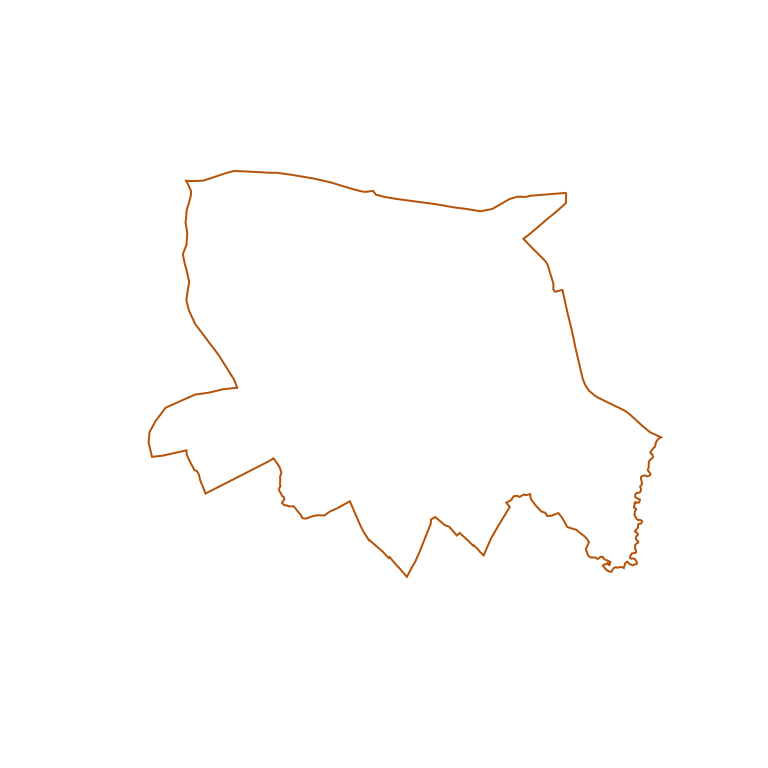 Nassarawa, Kano, Nigeria, rotated 157°
{"feature_id": "59680162B98184498564097", "entity_name": "Nassarawa", "entity_type": "district", "adm_level": 2, "iso_a3": "NGA", "parent_name": "Nigeria", "parent_adm1": "Kano", "projection": "orthographic", "projection_center": [8.564, 12.008], "detail": "fine", "context": "isolated", "style": "outline", "palette": "amber", "viewbox_px": 768, "rotation_deg": 157, "n_neighbors": 0, "source": "geoboundaries", "source_scale": "gbopen_adm2", "svg_char_len": 5434}
<svg xmlns="http://www.w3.org/2000/svg" viewBox="0 0 768 768"><g transform="rotate(157 384 384)"><path d="M142.0,488.9L158.0,494.2L164.6,496.4L175.4,500.0L180.2,500.8L188.0,504.3L196.5,505.2L215.8,502.8L227.8,505.3L239.5,512.8L251.7,519.9L259.3,524.9L261.2,526.2L261.5,526.3L265.6,529.0L268.5,530.7L275.9,535.1L279.8,537.4L301.4,550.2L301.7,550.4L311.0,556.4L314.4,559.2L314.6,559.3L317.4,561.2L318.1,564.0L318.6,566.0L325.3,567.9L326.3,568.2L327.5,568.9L329.7,570.3L336.5,575.5L354.3,590.4L359.1,593.9L367.8,600.2L378.3,606.9L387.7,612.9L399.7,620.1L401.0,620.7L405.5,622.5L417.2,628.3L428.3,633.7L438.6,638.6L445.1,639.7L452.3,640.3L464.0,641.2L470.6,641.8L474.5,643.1L482.7,646.4L486.8,648.4L486.3,643.5L486.3,639.9L486.3,636.8L488.1,633.0L494.0,625.4L496.4,622.9L498.7,619.5L501.2,614.1L503.6,610.3L506.1,599.8L511.3,589.5L518.4,582.1L520.4,572.8L521.1,566.8L523.5,553.9L528.0,547.0L530.6,542.6L533.2,538.3L534.8,528.2L534.8,527.8L534.6,520.6L534.4,513.1L533.3,508.7L528.7,490.3L525.0,475.8L520.3,446.7L520.6,437.9L533.9,442.0L548.3,444.4L562.4,448.1L594.3,447.5L609.1,438.9L618.6,431.3L623.6,422.0L624.4,417.2L626.0,407.5L623.7,406.9L616.0,404.6L591.8,400.1L593.2,396.2L593.1,390.2L592.6,384.3L592.0,378.5L590.4,377.3L590.0,375.8L589.8,372.7L590.8,367.3L590.9,360.5L591.0,355.2L591.1,352.9L520.1,357.9L514.7,358.7L512.8,350.0L512.7,346.8L513.1,342.6L515.9,339.2L516.6,337.4L516.7,336.4L517.2,335.8L517.9,334.5L518.4,333.3L518.8,332.6L519.1,331.5L519.2,330.4L521.0,329.3L521.1,329.0L522.2,326.8L521.6,323.2L521.7,321.2L520.3,319.0L520.6,317.0L522.2,316.0L524.4,314.2L523.8,312.6L522.4,310.9L520.5,310.0L519.6,308.7L517.5,307.7L514.8,306.6L511.8,295.8L511.4,292.4L508.9,290.8L506.8,290.4L504.4,290.5L501.6,290.2L499.8,289.7L497.9,289.7L489.9,286.2L486.2,287.3L485.0,287.5L482.3,287.9L480.7,287.8L475.3,287.9L468.8,288.6L461.2,289.4L461.1,264.3L460.6,256.3L458.9,245.9L458.4,246.0L450.4,229.5L447.8,222.0L446.5,222.5L444.0,214.5L442.9,211.3L442.0,209.1L439.9,202.5L438.3,197.5L430.8,203.7L424.8,208.1L416.4,216.0L402.9,229.7L395.6,237.1L393.6,240.9L388.8,241.6L383.2,230.3L379.7,227.1L376.2,216.2L372.6,217.3L370.5,212.9L367.4,206.2L366.2,203.0L365.2,200.3L364.4,200.5L362.1,195.0L361.4,192.4L359.2,187.3L346.3,199.6L336.1,207.4L326.1,214.6L316.3,221.6L317.8,227.0L314.7,227.2L312.1,227.5L309.5,229.4L307.8,230.0L305.1,229.0L304.2,228.0L303.3,227.1L298.2,227.6L297.2,226.5L296.0,226.0L292.4,225.6L293.8,220.9L291.6,212.2L290.3,208.7L288.9,205.0L288.4,204.6L285.8,202.4L285.3,198.7L281.6,197.4L274.0,197.1L273.2,194.7L272.2,190.8L271.1,180.6L263.8,174.5L263.3,173.3L258.8,165.2L257.6,161.7L257.1,158.3L262.7,153.2L263.1,146.1L261.6,143.7L259.6,142.7L258.0,142.2L256.8,141.0L256.1,139.8L254.8,139.5L253.8,139.7L252.3,140.2L250.8,139.8L249.8,138.7L250.2,137.9L249.5,136.4L248.1,135.0L246.7,133.6L245.7,132.6L245.2,131.5L246.0,130.9L246.7,129.6L247.5,129.3L248.1,130.4L247.9,131.9L248.8,131.6L250.2,131.3L251.4,131.7L252.3,131.9L253.5,131.3L252.7,128.1L252.1,126.4L250.7,124.2L249.7,123.1L248.4,122.4L247.5,122.5L246.1,123.9L244.4,124.8L242.8,124.9L241.9,124.6L241.3,123.9L239.9,123.6L238.1,123.2L236.7,122.5L235.8,121.9L235.2,120.9L234.4,121.9L233.3,123.0L232.5,124.4L231.6,124.9L230.5,125.1L230.0,125.5L229.4,125.3L229.0,124.4L228.7,123.3L228.3,122.2L227.1,121.2L226.5,120.4L225.3,119.8L224.0,120.0L222.8,119.6L221.6,119.7L221.1,120.5L220.9,121.5L221.0,122.7L221.3,123.7L221.6,124.9L222.1,125.6L223.2,126.2L224.5,126.5L225.2,127.0L225.6,127.8L224.8,128.9L223.9,129.8L222.1,131.1L220.6,130.9L219.2,130.6L218.2,130.3L217.4,130.9L217.1,132.2L217.3,133.7L216.5,136.2L215.7,137.7L214.6,138.2L213.1,138.5L212.5,138.6L211.8,139.1L211.6,139.7L212.0,140.5L212.4,141.3L212.7,142.8L212.3,144.0L211.6,144.9L210.7,145.3L209.8,145.8L209.1,146.1L208.9,146.6L208.9,146.9L209.2,147.7L209.6,148.7L209.9,149.7L210.4,149.7L210.6,150.0L210.3,150.5L209.3,151.1L207.9,151.8L206.6,152.5L206.0,153.2L205.4,154.5L204.6,155.6L203.9,155.6L203.1,155.3L201.9,155.1L201.0,155.9L200.0,156.6L200.3,157.7L201.5,158.9L202.8,159.2L203.7,160.2L204.2,161.6L204.6,165.5L203.6,167.4L202.5,169.0L201.5,169.6L200.7,170.3L200.9,171.0L201.9,171.8L202.0,172.6L201.6,173.7L200.7,174.5L199.9,176.1L199.5,177.0L198.5,176.9L198.2,176.0L197.2,175.7L195.3,175.3L193.6,177.6L194.8,178.8L196.2,180.5L197.0,182.0L196.2,183.7L194.8,184.8L193.3,184.8L191.5,184.2L190.1,184.6L189.6,185.2L188.8,186.2L188.4,187.6L188.4,189.5L187.4,190.0L186.2,190.6L185.4,191.3L185.1,193.2L184.7,194.8L184.4,196.7L183.8,197.8L182.7,198.3L181.0,198.3L179.1,197.7L178.4,196.5L177.5,196.1L175.6,195.9L174.3,196.4L173.9,197.0L174.0,198.3L174.9,201.5L174.0,202.7L172.8,204.1L172.0,206.0L170.5,209.0L168.9,210.1L167.1,210.7L165.4,211.2L164.6,212.4L164.7,214.9L165.7,216.0L165.5,217.2L164.2,217.9L161.3,219.7L158.8,220.4L157.5,222.9L155.5,224.8L152.9,226.3L149.8,226.7L155.2,232.6L157.9,235.5L162.5,244.4L162.6,244.5L166.5,253.2L168.2,256.9L169.5,259.7L171.2,262.9L173.5,266.2L175.0,267.8L176.5,269.8L180.0,273.6L181.2,275.0L182.6,276.6L187.1,281.8L189.2,284.3L190.1,285.3L192.6,288.2L194.8,291.5L197.6,297.1L198.8,301.9L199.2,305.0L199.1,310.7L193.4,343.7L191.8,351.5L189.8,362.0L188.1,372.9L187.9,373.8L187.5,376.6L186.7,380.9L183.0,400.8L186.8,401.5L190.5,402.1L191.2,404.9L188.9,410.2L186.8,429.7L187.3,433.3L188.5,436.8L194.5,451.5L199.0,463.2L191.1,465.2L175.0,470.2L170.0,471.9L161.3,474.3L160.9,474.4L145.7,479.5L144.2,483.3L142.5,486.5L142.0,488.9Z" fill="none" stroke="#b45309" stroke-width="2"/></g></svg>